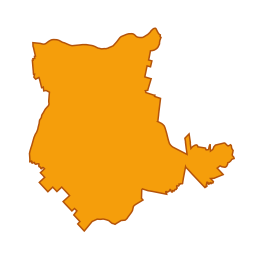 Paulesti, Satu Mare, Romania (orthographic projection), rotated 353°
{"feature_id": "2599482B77186768988963", "entity_name": "Paulesti", "entity_type": "district", "adm_level": 2, "iso_a3": "ROU", "parent_name": "Romania", "parent_adm1": "Satu Mare", "projection": "orthographic", "projection_center": [22.964, 47.739], "detail": "fine", "context": "isolated", "style": "filled", "palette": "amber", "viewbox_px": 256, "rotation_deg": 353, "n_neighbors": 0, "source": "geoboundaries", "source_scale": "gbopen_adm2", "svg_char_len": 5759}
<svg xmlns="http://www.w3.org/2000/svg" viewBox="0 0 256 256"><g transform="rotate(353 128 128)"><path d="M171.4,39.5L170.7,39.1L169.8,37.9L169.2,36.5L167.9,32.9L167.6,32.5L167.2,32.3L166.7,32.3L165.8,32.4L164.7,32.9L164.2,33.3L162.9,34.2L162.2,35.0L161.3,35.9L159.4,37.3L158.7,37.7L156.1,38.9L155.3,39.3L153.9,39.8L153.1,39.9L150.6,39.6L149.9,39.4L148.5,39.0L147.2,38.0L146.7,37.4L146.3,36.8L145.3,35.8L144.6,35.3L143.8,35.0L143.0,34.8L141.3,34.7L140.8,34.6L139.8,34.6L137.9,34.9L133.2,36.2L132.3,36.5L131.6,36.9L130.8,37.5L127.2,41.2L123.3,44.6L121.2,45.3L118.8,45.9L118.4,46.2L115.8,46.6L114.2,46.3L112.4,46.3L111.6,46.3L110.4,45.9L109.4,45.5L107.9,45.0L105.1,43.1L103.2,42.1L102.1,41.7L96.9,40.2L93.2,39.7L89.9,39.7L82.5,39.5L81.4,39.1L80.2,38.6L75.4,35.8L74.3,35.3L73.6,35.1L73.2,34.8L70.6,32.9L69.1,32.1L68.0,31.7L65.3,31.2L64.2,31.1L62.7,31.2L61.8,31.5L59.9,32.3L58.5,33.1L57.0,34.0L56.2,34.3L55.4,34.5L54.4,34.5L53.1,34.1L51.1,33.3L44.0,31.7L43.7,35.1L43.7,35.6L43.9,36.2L44.9,45.4L43.9,45.5L43.9,47.6L42.1,47.6L42.1,49.1L41.3,49.1L41.0,57.3L40.9,60.5L40.8,61.5L40.8,63.2L41.8,63.2L40.8,66.1L42.3,68.3L45.7,67.0L45.9,67.7L46.3,70.1L47.2,77.5L47.9,77.5L48.9,77.1L48.9,80.9L51.1,80.8L51.6,81.0L54.4,82.9L53.8,85.6L52.6,91.6L52.5,93.5L52.6,94.2L52.5,94.7L52.0,95.7L51.8,96.1L50.1,97.5L48.2,99.2L45.7,102.6L44.9,103.5L44.0,104.7L43.5,106.1L43.4,106.7L43.2,107.1L41.2,109.4L40.7,111.1L40.4,112.5L38.8,116.6L38.5,117.7L37.6,119.6L36.6,121.3L35.2,123.0L34.4,124.5L33.6,125.8L30.3,133.7L29.2,136.0L27.8,139.3L27.1,141.3L26.8,147.1L26.4,149.6L26.7,149.7L27.9,149.0L28.2,149.1L28.5,149.3L28.6,149.7L28.3,150.3L28.2,150.8L28.5,151.0L28.9,151.2L29.5,151.1L30.0,150.9L30.7,150.7L30.9,150.8L31.1,151.8L31.2,152.1L31.7,152.5L32.0,152.7L32.3,152.8L32.9,152.5L33.1,152.4L33.7,152.6L34.1,152.5L35.1,152.7L35.2,152.8L35.2,153.0L35.1,153.8L34.9,154.3L34.9,154.5L34.9,155.2L35.2,155.7L35.5,155.9L36.1,156.0L36.5,157.0L36.5,157.4L36.6,157.7L36.8,157.8L37.3,157.9L37.7,157.6L38.0,156.9L38.3,156.8L39.2,157.0L40.2,158.3L35.6,161.7L39.3,166.8L33.3,171.2L40.7,181.5L46.1,177.5L49.7,182.4L55.0,178.6L60.1,185.6L61.8,188.0L54.6,193.1L57.0,196.5L62.2,203.5L65.1,201.4L67.2,204.0L64.5,206.7L63.6,207.7L68.9,215.0L66.4,217.1L70.5,222.8L72.0,224.9L72.6,224.4L81.0,216.4L86.3,214.7L89.5,215.3L91.8,215.3L92.6,215.4L95.0,216.3L96.7,217.1L97.7,217.6L99.3,219.4L100.5,220.6L100.8,220.8L101.8,221.1L103.4,222.0L106.1,220.7L108.4,219.7L109.5,219.1L109.8,219.0L113.9,219.1L114.3,218.9L116.0,217.7L116.9,216.6L121.0,212.3L122.4,210.4L122.6,209.8L123.8,206.6L124.7,205.7L126.3,204.8L134.1,201.3L133.8,200.7L132.8,199.6L134.1,191.0L134.9,190.2L140.1,192.6L144.5,193.9L158.4,198.5L158.4,198.2L157.8,197.2L157.6,196.4L157.7,196.0L158.0,196.0L158.0,195.8L158.4,195.8L158.5,196.0L158.6,196.4L158.9,196.6L159.6,196.2L160.5,196.1L160.8,195.9L161.3,195.6L161.6,195.1L161.9,194.8L162.2,194.2L162.3,194.1L162.6,194.3L162.7,194.6L162.9,194.7L163.0,196.0L163.1,196.3L163.5,196.8L163.9,196.9L164.3,196.9L164.5,196.7L164.5,195.9L164.7,195.6L165.1,195.5L165.7,196.0L166.2,196.1L166.4,195.9L167.0,194.9L167.2,194.7L167.5,194.7L167.9,194.9L168.4,194.8L168.6,194.4L168.7,194.2L169.5,193.6L169.5,193.3L169.2,192.9L169.1,192.6L169.2,191.7L169.3,191.4L169.5,191.2L170.3,191.6L171.0,191.7L171.4,191.5L171.9,190.7L171.8,189.9L172.0,189.9L172.3,190.1L172.6,190.2L172.9,190.1L173.3,189.7L173.6,189.6L173.9,189.7L174.1,189.8L174.4,189.9L175.2,189.9L175.4,189.7L175.7,188.5L177.0,184.1L180.4,173.5L180.5,173.9L182.5,176.5L186.4,182.0L197.1,196.5L197.5,196.3L197.4,196.2L197.4,195.7L197.6,195.6L198.2,195.6L198.6,195.8L199.0,195.5L198.6,195.3L198.6,195.1L198.8,194.5L199.3,194.3L199.3,194.1L199.2,193.9L198.9,193.4L199.0,193.2L199.3,193.1L199.5,192.5L199.5,192.3L199.5,192.0L199.7,191.5L200.3,191.5L200.6,191.7L200.7,191.9L200.8,192.9L200.9,193.2L201.1,193.5L201.3,193.6L201.5,193.4L201.8,192.8L201.9,192.7L202.0,192.8L202.1,193.2L202.3,193.3L202.5,193.1L202.8,192.7L203.4,192.2L203.6,192.3L203.6,192.5L203.4,192.9L203.5,193.1L203.8,193.1L204.0,193.3L205.1,192.8L205.8,192.7L205.9,192.1L206.2,191.6L203.8,188.2L207.3,188.4L216.8,185.8L216.7,185.6L211.6,178.7L214.8,176.8L216.4,177.9L219.5,178.8L220.1,178.6L221.1,178.1L221.5,177.5L221.9,176.9L222.5,176.0L222.6,175.5L222.8,174.7L224.1,174.4L224.6,174.1L225.8,173.3L226.6,172.5L227.1,171.8L228.5,171.5L229.2,171.2L229.6,171.2L229.5,170.3L229.3,169.6L228.5,168.6L228.3,168.1L228.2,167.3L228.3,166.9L229.1,164.7L229.3,164.0L229.6,163.2L229.5,162.9L228.9,161.9L228.7,161.3L228.5,160.8L228.4,159.6L228.4,158.2L228.3,157.9L227.7,157.1L226.7,157.5L225.3,158.0L225.1,158.0L224.4,157.4L222.6,155.1L222.3,154.8L221.6,154.6L212.7,155.6L210.8,157.3L210.2,158.6L210.0,158.9L209.4,159.7L207.0,161.0L207.6,154.1L206.5,155.8L205.4,158.9L205.1,159.2L204.8,159.3L204.0,159.3L202.9,159.2L202.7,159.0L202.6,158.7L202.5,157.4L202.3,157.3L195.0,155.2L195.0,154.8L194.9,154.3L194.7,153.8L194.4,153.4L194.0,153.2L193.6,153.1L192.7,153.2L192.2,153.3L190.2,154.2L189.5,154.6L188.0,156.0L187.9,151.0L188.1,150.2L187.9,141.3L183.2,145.1L183.4,148.1L183.3,149.4L183.3,155.4L183.4,158.2L183.4,161.4L170.3,152.5L169.3,151.6L168.2,150.2L167.7,149.3L167.4,148.8L167.1,147.8L166.8,146.3L166.4,143.7L165.7,137.9L164.8,132.5L164.4,131.1L164.2,130.4L163.3,129.1L162.3,128.0L161.7,127.5L158.2,125.1L158.4,125.0L158.9,123.0L160.0,118.5L160.1,117.8L163.9,102.6L158.2,99.9L158.5,99.2L158.7,98.7L157.4,98.4L150.2,95.1L150.0,94.9L149.9,94.6L150.0,93.6L149.9,93.3L149.8,93.1L152.2,93.0L152.3,92.6L157.0,81.9L156.3,81.7L150.9,79.3L154.5,68.7L157.8,70.0L159.9,64.3L156.7,63.0L156.9,62.5L157.6,60.6L159.7,54.1L161.9,54.1L163.2,53.9L163.7,53.8L165.7,52.9L166.5,52.4L167.5,51.5L167.8,51.1L169.5,48.4L169.7,47.0L170.3,45.0L171.8,42.1L171.0,41.3L171.4,39.5Z" fill="#f59e0b" stroke="#b45309" stroke-width="1.5"/></g></svg>